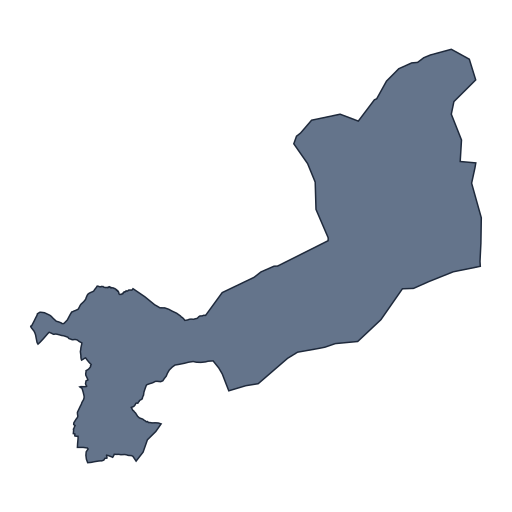 Oyo East, Oyo, Nigeria (orthographic projection)
{"feature_id": "59680162B21986463159939", "entity_name": "Oyo East", "entity_type": "district", "adm_level": 2, "iso_a3": "NGA", "parent_name": "Nigeria", "parent_adm1": "Oyo", "projection": "orthographic", "projection_center": [3.95, 7.875], "detail": "fine", "context": "isolated", "style": "filled", "palette": "slate", "viewbox_px": 512, "rotation_deg": 0, "n_neighbors": 0, "source": "geoboundaries", "source_scale": "gbopen_adm2", "svg_char_len": 5803}
<svg xmlns="http://www.w3.org/2000/svg" viewBox="0 0 512 512"><path d="M451.3,49.3L430.6,54.9L423.8,57.7L417.6,62.4L411.7,62.9L398.8,68.7L386.5,81.1L376.7,98.8L374.4,99.8L358.3,121.1L340.1,114.2L311.6,120.2L300.5,133.1L296.5,136.2L293.8,143.8L307.6,163.6L315.2,182.1L316.0,209.4L328.2,237.8L328.1,240.7L277.5,266.1L274.0,266.2L261.0,271.9L254.1,277.3L222.2,292.6L205.6,315.4L205.1,315.2L204.5,315.4L203.6,315.3L202.2,315.9L199.9,316.0L198.7,316.8L198.0,317.6L197.1,318.4L195.1,318.8L193.7,319.3L191.0,319.1L189.3,319.3L187.5,320.0L186.3,320.2L184.8,320.4L183.5,318.6L182.0,317.3L181.5,317.2L180.5,316.0L176.6,313.2L172.3,311.2L168.8,309.3L164.8,307.9L159.9,307.8L156.7,305.9L154.7,304.8L144.9,296.8L133.0,288.7L132.2,289.8L131.6,290.1L130.8,290.1L130.0,290.0L128.6,290.1L127.9,290.8L127.4,291.0L127.2,291.1L126.6,291.0L126.1,290.8L125.8,291.4L125.1,291.9L124.7,291.8L124.4,292.1L124.2,291.9L123.9,292.0L123.4,292.7L123.0,293.0L122.9,293.3L123.0,293.6L122.8,293.7L122.6,293.6L122.4,293.9L121.9,293.9L121.5,294.2L121.2,294.4L120.7,294.3L120.0,294.5L119.8,294.4L119.6,294.4L119.3,294.2L119.0,293.8L118.8,293.4L118.9,293.0L118.6,292.1L118.3,291.5L118.0,291.3L117.7,291.3L117.7,290.7L116.8,290.3L116.5,290.3L116.4,290.0L116.5,289.7L116.0,289.5L115.7,289.1L115.0,288.8L114.9,288.6L114.6,288.4L113.9,288.4L113.2,287.9L112.1,287.8L111.6,287.6L111.2,287.9L110.8,287.6L110.5,287.7L110.3,287.5L110.1,287.3L109.9,286.8L109.6,286.7L108.8,287.3L108.5,287.4L108.3,287.1L107.9,287.5L107.7,287.4L107.5,287.6L107.3,287.5L107.0,287.6L106.0,287.4L105.5,287.6L103.9,287.2L103.5,287.0L103.0,286.5L102.6,286.6L101.7,286.4L101.4,286.6L101.0,286.8L100.8,286.7L100.6,286.7L100.5,286.8L99.8,286.8L99.0,286.6L98.8,286.4L98.4,286.3L97.2,286.1L96.3,287.5L94.6,289.6L94.1,290.5L93.8,290.9L93.2,291.4L90.2,292.7L89.1,293.3L88.1,294.0L87.5,294.8L87.1,295.5L86.1,297.8L86.0,298.4L85.7,299.1L84.8,300.4L83.6,301.8L80.9,304.3L80.0,305.7L79.5,306.8L78.9,307.9L78.2,309.1L78.0,309.3L75.0,310.7L74.5,310.8L73.4,311.3L73.0,311.6L72.2,311.8L71.7,312.0L70.2,314.5L67.5,319.6L67.3,320.0L64.3,323.1L63.8,323.5L63.4,323.6L62.3,323.6L62.0,323.6L61.7,323.4L61.4,323.0L59.7,322.3L58.7,321.9L56.5,321.3L55.5,320.6L55.1,320.1L53.3,318.5L51.4,316.5L50.6,315.8L49.7,315.2L47.4,314.1L44.4,312.7L42.1,312.4L40.1,312.2L39.6,312.4L37.4,313.8L37.3,314.0L37.3,314.5L36.8,315.7L36.3,316.7L36.0,317.2L34.2,320.9L31.7,325.7L31.3,326.0L30.8,326.1L30.7,326.6L31.4,327.8L34.0,331.1L34.8,332.7L35.6,335.0L36.1,337.7L36.9,341.7L37.1,342.6L38.0,344.1L40.0,342.3L43.2,338.9L47.7,333.7L48.8,332.5L49.2,332.3L51.4,333.2L53.3,334.2L53.9,334.3L54.9,334.1L55.8,334.0L57.4,334.3L58.4,334.6L59.1,334.7L61.6,335.5L63.4,335.7L64.4,336.0L67.8,337.2L68.1,337.5L68.6,338.2L68.9,338.5L69.3,338.7L70.4,339.0L72.1,339.7L73.3,339.7L73.8,339.6L74.6,339.5L75.3,339.5L76.8,339.8L77.4,340.1L78.1,340.6L79.2,341.5L79.6,341.7L81.1,342.5L81.8,342.8L81.8,343.1L81.7,344.3L81.4,345.5L80.9,347.8L80.7,349.9L80.4,351.3L80.4,351.9L80.9,355.6L80.9,357.1L81.1,358.5L81.2,359.0L81.6,360.1L83.0,359.3L84.4,358.4L85.4,357.9L85.6,357.9L87.0,359.8L88.8,362.0L89.6,362.9L91.2,364.5L91.0,365.0L90.7,365.5L90.5,365.9L90.6,366.6L90.4,367.0L88.9,368.8L88.2,369.4L87.4,369.9L86.0,370.7L86.0,371.0L86.1,371.5L85.7,373.6L85.8,375.2L87.1,377.9L87.9,379.8L87.8,380.1L86.2,380.7L86.0,380.9L85.8,382.2L85.5,383.7L85.9,384.9L86.6,385.9L86.6,386.4L86.0,386.6L84.5,386.7L82.7,386.7L81.7,386.6L80.8,386.6L79.8,386.9L80.5,387.5L81.6,387.9L81.8,388.2L82.1,388.7L83.1,391.9L83.7,394.4L84.1,396.1L84.1,396.8L84.1,397.5L84.0,398.2L83.4,400.0L82.5,401.4L81.7,403.0L81.5,403.9L80.2,406.4L78.6,409.8L77.6,411.9L77.4,412.5L77.5,414.3L77.8,415.9L77.7,416.7L77.6,417.1L76.8,418.3L76.2,419.0L74.5,421.7L73.9,422.7L73.7,423.8L73.7,424.5L74.1,424.9L74.9,425.3L75.1,425.5L74.8,426.0L74.6,426.7L74.3,427.1L74.0,428.2L73.7,428.6L73.5,428.9L73.4,429.3L73.6,429.5L73.6,430.2L73.5,431.7L73.3,433.6L74.7,433.9L74.9,434.0L74.8,435.8L74.9,436.0L75.5,436.1L76.5,436.2L77.0,436.3L78.0,436.3L78.1,438.0L77.6,443.6L77.4,447.4L83.3,447.4L87.4,448.0L88.1,449.0L86.2,451.8L85.9,455.3L86.4,459.2L87.7,462.7L91.1,462.4L94.4,461.7L98.8,461.0L101.1,460.8L101.6,460.9L102.5,460.6L103.8,460.1L104.9,458.3L106.7,458.2L107.0,458.0L106.8,456.5L106.5,455.6L106.6,455.2L108.1,455.5L111.5,456.8L112.1,457.0L112.6,457.3L112.9,457.0L113.8,455.4L114.2,454.3L115.1,454.3L116.5,454.4L118.7,454.3L120.9,454.7L124.7,454.5L126.5,454.8L128.2,455.4L131.5,455.6L132.9,456.3L136.1,461.1L143.1,452.1L147.4,439.8L155.8,431.5L161.1,423.9L158.4,423.0L155.6,422.8L152.0,422.9L149.8,422.5L148.7,422.6L147.4,421.5L147.1,421.5L146.8,421.8L146.3,421.8L145.9,421.5L145.2,420.8L144.2,420.3L142.7,419.1L139.4,417.9L137.6,416.3L135.6,413.1L134.3,411.8L133.6,410.8L132.9,410.5L131.3,407.4L132.4,407.0L132.9,406.8L133.5,406.6L134.3,405.9L134.9,405.2L135.1,404.8L135.4,404.2L135.8,403.5L136.1,403.2L136.9,403.1L137.8,403.2L138.0,403.0L138.3,402.3L139.3,401.2L139.3,400.8L139.6,400.5L140.4,399.9L141.0,399.7L141.7,399.1L142.0,399.0L142.3,398.8L142.4,397.8L142.9,396.4L143.6,395.0L143.6,394.5L143.7,393.8L143.9,392.3L144.1,391.6L145.1,388.6L145.4,387.8L146.2,385.6L146.5,385.0L147.4,384.5L149.9,383.6L152.3,382.9L153.9,382.2L154.6,381.7L155.4,381.4L157.0,381.3L160.6,381.7L162.8,380.8L164.4,378.4L166.2,376.2L167.4,373.3L169.3,370.0L172.3,367.0L175.1,365.0L178.3,364.5L184.3,363.3L188.5,362.2L193.2,361.5L196.3,362.2L200.7,362.4L205.5,361.9L208.1,361.2L213.1,360.9L218.8,368.0L222.3,374.0L226.1,383.9L228.8,390.8L245.8,385.7L258.2,383.7L287.6,358.3L297.5,352.2L318.3,348.5L324.9,347.2L335.3,343.6L357.7,341.5L380.9,319.7L402.4,288.8L413.5,288.4L428.8,281.6L453.2,271.8L480.3,266.3L480.0,261.4L480.9,243.2L481.3,217.8L471.6,183.2L474.9,168.1L475.8,162.9L460.2,161.5L461.5,140.0L451.3,114.2L453.9,101.6L475.7,79.9L469.3,59.2L451.3,49.3Z" fill="#64748b" stroke="#1e293b" stroke-width="1.5"/></svg>